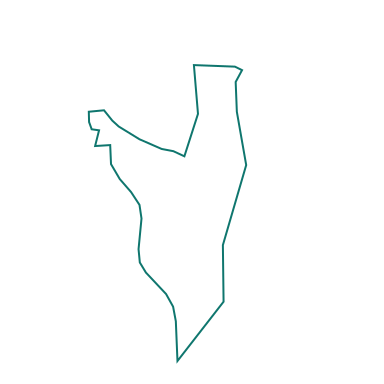 an SVG outline of Lendava, rotated 53°
{"feature_id": "SVN-264", "entity_name": "Lendava", "entity_type": "Municipality", "adm_level": 1, "iso_a3": "SVN", "parent_name": "Slovenia", "parent_adm1": "", "projection": "robinson", "projection_center": [16.393, 46.569], "detail": "fine", "context": "isolated", "style": "outline", "palette": "teal", "viewbox_px": 384, "rotation_deg": 53, "n_neighbors": 0, "source": "natural_earth", "source_scale": "10m", "svg_char_len": 605}
<svg xmlns="http://www.w3.org/2000/svg" viewBox="0 0 384 384"><g transform="rotate(53 192 192)"><path d="M124.8,78.7L130.4,90.9L154.9,107.9L203.1,132.5L253.0,199.3L298.6,232.8L318.2,305.3L285.5,282.7L272.2,276.1L257.9,274.1L228.6,277.3L216.9,276.1L205.5,269.1L182.8,248.3L170.7,241.7L155.4,240.7L138.2,241.9L121.0,239.9L105.3,229.1L97.0,241.7L96.4,241.0L86.8,229.1L81.5,234.4L80.7,234.1L74.2,232.1L65.8,226.1L73.8,213.1L87.0,212.7L95.6,211.1L118.3,202.2L139.4,190.3L148.2,182.3L158.9,176.6L133.2,140.2L91.8,114.1L117.7,82.3L124.4,78.9L124.8,78.7Z" fill="none" stroke="#0f766e" stroke-width="2"/></g></svg>